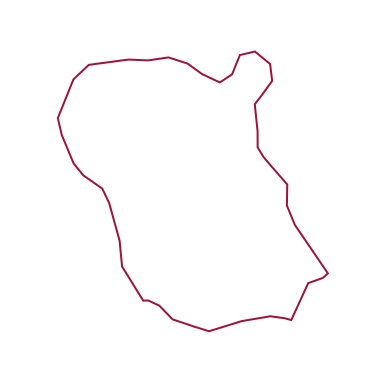 outline of Dong-gu, Daegu, South Korea, rotated 167°
{"feature_id": "91817680B96924831002014", "entity_name": "Dong-gu", "entity_type": "district", "adm_level": 2, "iso_a3": "KOR", "parent_name": "South Korea", "parent_adm1": "Daegu", "projection": "albers", "projection_center": [128.675, 35.931], "detail": "fine", "context": "isolated", "style": "outline", "palette": "rose", "viewbox_px": 384, "rotation_deg": 167, "n_neighbors": 0, "source": "geoboundaries", "source_scale": "gbopen_adm2", "svg_char_len": 695}
<svg xmlns="http://www.w3.org/2000/svg" viewBox="0 0 384 384"><g transform="rotate(167 192 192)"><path d="M206.8,52.5L172.7,55.0L143.6,53.3L130.0,48.1L124.1,44.9L99.2,77.1L83.9,78.8L77.9,82.1L99.2,136.9L102.6,157.4L97.5,177.9L109.4,200.2L114.6,210.4L118.0,220.7L114.5,236.1L112.8,249.7L111.1,263.4L102.6,270.3L88.9,282.2L87.1,299.3L87.9,300.2L99.1,314.7L114.5,314.7L126.5,297.6L140.2,292.5L155.6,304.5L167.5,318.2L184.6,328.4L205.2,330.1L224.0,335.3L263.9,339.1L282.2,328.4L306.1,294.2L306.1,277.0L300.9,246.3L294.1,232.6L278.7,215.5L275.2,200.1L273.5,160.8L276.9,135.2L264.0,97.1L259.2,96.2L249.4,88.6L239.5,72.2L219.9,60.2L206.8,52.5Z" fill="none" stroke="#9f1239" stroke-width="2"/></g></svg>